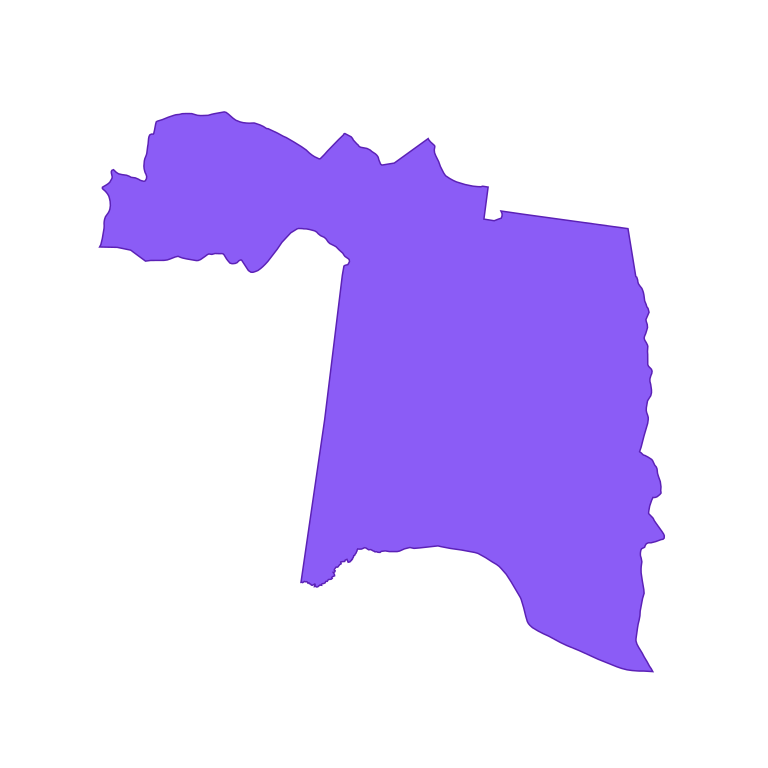 Chhuk, Kâmpôt, Cambodia, rotated 188°
{"feature_id": "14789045B28419059899901", "entity_name": "Chhuk", "entity_type": "district", "adm_level": 2, "iso_a3": "KHM", "parent_name": "Cambodia", "parent_adm1": "Kâmpôt", "projection": "mercator", "projection_center": [104.309, 10.967], "detail": "fine", "context": "isolated", "style": "filled", "palette": "violet", "viewbox_px": 768, "rotation_deg": 188, "n_neighbors": 0, "source": "geoboundaries", "source_scale": "gbopen_adm2", "svg_char_len": 6128}
<svg xmlns="http://www.w3.org/2000/svg" viewBox="0 0 768 768"><g transform="rotate(188 384 384)"><path d="M77.8,136.6L79.7,139.2L81.9,141.6L84.9,145.7L88.4,150.0L90.9,153.5L95.1,158.6L97.3,161.6L98.7,164.6L99.0,166.7L99.0,177.8L98.9,181.6L98.5,185.6L98.3,190.1L98.7,194.8L98.1,207.6L97.3,212.9L98.1,216.6L100.8,225.0L103.1,232.8L103.7,236.5L103.9,239.0L103.9,243.8L105.1,247.4L106.1,249.5L106.5,251.5L106.6,253.2L106.5,255.1L106.0,256.7L103.2,258.6L102.8,260.6L101.9,262.4L100.0,263.6L97.5,263.9L92.9,265.8L88.1,268.4L86.1,269.1L85.1,270.4L85.3,272.7L86.1,274.2L87.8,276.2L95.6,284.4L97.6,286.6L98.0,287.4L99.1,288.8L103.5,292.2L104.0,292.8L104.1,295.3L103.9,300.2L102.8,306.0L101.9,309.1L100.9,309.1L99.2,309.6L97.7,310.5L95.4,313.0L94.5,314.5L94.7,315.6L95.1,316.7L95.4,320.7L96.8,325.8L99.3,330.6L100.7,333.6L101.8,337.9L102.8,339.7L104.6,341.3L107.4,345.6L108.5,346.6L112.4,348.4L115.8,349.6L116.9,349.7L117.6,350.0L119.9,351.7L121.5,352.5L120.6,357.2L119.3,368.8L117.4,381.7L117.4,385.6L117.7,387.7L118.6,389.8L119.9,392.2L120.6,394.2L120.9,397.0L120.7,403.9L119.6,406.5L118.2,409.5L117.9,412.6L118.3,415.4L119.9,420.9L121.0,423.5L121.4,426.0L120.9,429.5L120.3,431.6L120.3,434.0L121.2,435.8L124.4,438.3L125.5,439.9L127.0,450.0L127.6,452.8L128.0,458.0L128.5,459.2L130.0,461.4L131.9,463.7L132.8,465.7L132.6,467.7L131.9,470.2L131.4,473.1L130.9,476.6L131.6,479.6L132.9,482.2L133.6,484.2L131.5,491.9L133.1,495.7L134.2,496.7L134.9,497.9L135.5,499.3L137.4,502.5L139.0,508.3L139.9,510.8L140.8,512.6L141.9,514.5L144.4,516.9L146.0,518.7L146.8,520.4L147.3,522.3L148.6,525.0L149.6,525.4L164.0,571.8L269.6,571.5L292.3,571.6L291.1,569.7L290.7,568.9L290.5,566.6L291.0,564.5L293.5,563.3L297.6,561.0L308.0,561.2L308.3,593.5L313.8,593.6L315.6,592.8L318.6,592.5L323.4,592.3L331.4,592.8L340.3,594.2L343.7,595.2L347.4,596.6L352.0,598.8L354.2,601.2L358.4,607.2L360.8,611.8L364.5,617.2L366.1,620.0L366.8,622.8L366.7,626.0L366.9,626.8L367.6,627.5L371.6,630.2L373.7,632.1L374.4,633.2L404.6,604.2L416.5,600.5L418.0,601.3L420.2,605.1L421.3,607.7L421.9,608.5L423.0,609.6L424.5,610.7L428.5,612.6L430.1,613.7L433.0,614.7L433.8,614.9L440.2,615.2L441.8,615.9L442.9,617.1L444.3,618.0L447.6,620.7L448.6,621.6L449.1,622.5L450.0,623.4L450.9,624.2L457.6,626.6L458.4,626.2L458.9,624.9L463.0,619.7L472.4,606.8L474.9,603.0L478.4,598.3L479.5,597.9L484.4,599.4L487.2,600.7L490.0,602.3L493.6,604.9L498.7,607.5L506.9,611.1L515.0,614.4L518.2,615.3L524.3,617.6L534.3,620.7L535.8,620.6L539.2,622.2L542.8,623.3L547.5,624.2L549.0,624.4L553.8,623.5L556.3,623.3L559.9,623.2L562.9,623.5L566.2,624.3L567.5,624.6L570.8,626.4L575.8,629.7L578.2,631.0L580.1,631.2L589.5,628.1L592.2,627.1L595.5,625.6L600.5,624.7L603.0,624.3L606.0,624.1L612.1,625.0L617.5,624.3L621.4,623.6L624.1,622.5L627.4,621.7L629.1,621.0L634.7,618.2L640.2,615.0L645.1,612.7L646.0,611.9L646.3,609.8L646.6,603.3L646.9,600.0L647.3,599.3L648.8,599.2L650.1,598.5L650.7,597.9L651.2,596.0L651.3,594.1L651.0,588.7L651.1,586.1L651.0,579.6L651.2,577.8L652.2,573.8L652.4,571.5L652.1,566.4L651.5,563.8L650.6,561.5L649.9,560.0L648.9,558.6L647.9,556.5L647.8,554.3L648.6,552.2L649.1,551.7L649.9,551.3L652.6,551.6L654.0,551.9L655.5,552.6L658.9,553.5L663.3,553.5L664.9,554.2L667.9,554.9L672.7,554.9L676.1,555.2L678.5,556.3L681.7,558.6L683.2,557.7L683.6,556.5L683.4,555.1L682.0,551.4L682.0,549.8L683.6,545.7L684.8,544.2L686.4,542.7L690.2,539.7L690.2,538.7L689.5,537.9L686.9,536.2L685.4,534.9L684.1,533.6L682.7,531.8L681.9,530.1L680.6,526.7L679.8,522.6L679.8,519.1L680.2,517.0L680.9,515.1L683.1,510.9L683.6,508.3L683.7,506.3L683.6,504.3L683.1,501.6L682.9,499.3L683.2,488.7L683.8,482.6L684.7,480.1L667.2,482.2L653.5,481.3L637.3,472.5L632.2,473.9L619.1,475.8L615.9,476.7L613.1,478.1L608.5,480.7L605.7,481.8L603.1,481.1L600.8,480.7L596.7,480.4L587.0,480.1L585.3,480.4L583.0,481.7L578.9,485.5L576.8,487.6L575.6,488.4L572.5,488.4L569.5,489.7L564.8,490.2L562.6,490.6L561.3,490.4L560.4,489.7L557.4,486.0L555.9,484.5L553.4,482.3L551.5,482.0L550.4,482.1L548.1,482.7L546.4,483.7L544.8,485.9L543.0,487.0L542.2,486.8L534.1,477.5L531.4,476.2L529.9,476.3L528.8,476.6L527.0,477.5L524.7,478.8L522.3,481.1L520.3,483.4L518.3,486.0L516.1,489.2L508.5,502.6L504.8,510.1L497.4,520.7L491.8,525.4L490.4,526.1L486.7,526.5L484.8,526.5L482.4,526.8L478.9,526.6L474.0,526.0L471.8,525.1L470.0,523.6L467.5,522.1L463.5,520.9L461.5,519.5L459.1,516.9L457.3,515.6L452.5,514.0L450.5,513.2L447.3,510.7L442.9,507.7L441.9,506.4L440.4,504.9L436.6,503.0L435.7,502.2L435.2,500.3L436.4,497.2L439.1,496.1L440.1,495.2L440.4,485.9L437.8,340.6L438.6,176.0L437.6,176.2L436.9,176.0L435.9,176.9L435.2,177.4L434.1,177.2L433.2,177.5L432.4,177.2L431.6,176.2L430.7,176.7L430.2,175.9L429.1,175.7L428.5,175.4L428.0,174.8L427.0,174.7L424.7,176.3L424.1,175.4L424.6,174.6L424.7,173.7L423.8,174.0L423.1,173.9L422.3,173.6L421.3,174.0L419.6,175.9L417.8,176.0L418.1,176.7L417.3,177.7L416.0,178.0L414.6,178.9L414.4,179.9L413.9,180.6L412.7,180.7L411.9,182.6L409.2,183.3L408.2,184.3L408.8,185.1L408.3,185.9L406.2,187.2L406.6,188.5L407.4,189.6L408.1,190.4L407.2,190.6L406.5,191.3L406.4,192.3L407.3,192.7L407.3,193.6L406.0,196.0L404.8,196.1L404.2,196.4L402.8,198.9L401.4,200.0L401.9,201.1L402.1,201.7L400.5,202.3L398.2,202.8L397.9,204.2L396.3,205.2L394.7,202.5L393.0,203.1L392.3,204.3L391.6,204.7L391.6,205.7L390.9,206.1L390.8,207.2L390.4,207.7L390.1,208.9L390.1,209.8L389.2,210.3L388.9,211.4L388.1,212.8L387.9,213.9L387.5,215.0L387.5,215.8L387.1,217.0L385.9,217.0L383.3,217.4L380.4,219.2L379.1,219.1L376.2,217.7L374.0,218.2L371.2,217.1L370.2,217.0L369.6,216.5L368.1,216.9L366.6,216.5L364.4,216.7L363.4,217.9L359.5,218.9L355.3,218.8L347.6,219.9L345.4,220.7L340.8,223.6L335.6,225.7L331.4,225.4L325.7,226.7L308.0,231.2L305.1,230.9L295.0,230.4L284.2,230.4L270.8,229.8L269.2,229.6L267.3,229.3L259.2,226.2L252.1,222.9L247.5,221.0L244.6,219.4L242.2,217.5L236.4,212.5L230.6,205.8L219.3,191.6L218.2,189.8L214.6,182.0L211.2,173.5L209.0,168.7L207.6,166.8L205.8,165.2L203.1,163.4L196.7,160.7L191.5,158.9L186.0,157.3L173.4,152.6L166.7,150.5L153.7,147.2L133.5,141.2L114.1,136.4L108.9,135.4L103.5,134.8L98.3,134.8L92.0,135.2L86.8,135.9L77.8,136.6Z" fill="#8b5cf6" stroke="#5b21b6" stroke-width="1.5"/></g></svg>